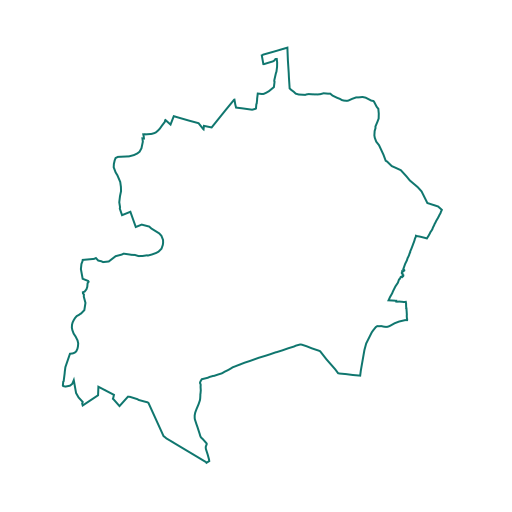 outline of Zabrani, Arad, Romania, rotated 275°
{"feature_id": "2599482B97657838869251", "entity_name": "Zabrani", "entity_type": "district", "adm_level": 2, "iso_a3": "ROU", "parent_name": "Romania", "parent_adm1": "Arad", "projection": "equal_earth", "projection_center": [21.569, 46.052], "detail": "fine", "context": "isolated", "style": "outline", "palette": "teal", "viewbox_px": 512, "rotation_deg": 275, "n_neighbors": 0, "source": "geoboundaries", "source_scale": "gbopen_adm2", "svg_char_len": 5976}
<svg xmlns="http://www.w3.org/2000/svg" viewBox="0 0 512 512"><g transform="rotate(275 256 256)"><path d="M318.2,437.1L321.2,433.1L323.7,422.1L334.8,415.3L338.6,411.2L344.7,402.6L348.4,399.0L354.1,392.8L356.0,387.5L357.4,383.4L361.5,378.4L362.2,376.9L368.1,374.1L377.1,368.9L380.4,365.8L384.2,364.0L386.5,363.4L390.9,363.3L393.8,363.9L395.4,363.7L400.4,365.3L403.6,366.2L408.5,365.9L413.4,365.0L414.6,363.7L415.5,363.0L419.9,360.2L420.6,359.5L420.9,357.1L421.5,355.8L423.3,351.4L423.7,348.2L423.2,345.8L422.9,344.0L422.7,341.9L420.9,338.0L418.9,334.5L418.5,333.1L418.5,330.1L418.8,328.0L419.8,326.0L420.7,322.9L422.5,318.2L424.2,315.8L424.0,313.6L424.0,309.2L422.8,305.9L422.3,303.2L422.0,298.6L421.9,294.4L421.4,292.3L420.8,291.0L420.6,284.5L421.2,281.4L422.9,279.3L424.6,276.5L425.9,274.9L437.0,273.2L440.8,272.7L453.8,270.7L466.3,269.1L460.4,254.0L457.2,245.5L456.4,244.6L456.3,244.3L447.8,246.6L447.8,247.1L448.9,249.8L450.6,254.0L451.3,255.8L452.3,257.2L453.9,258.2L454.1,259.5L450.6,260.2L446.2,260.5L441.4,260.3L439.9,259.9L432.6,258.9L431.6,259.0L431.2,259.3L425.8,259.1L421.3,254.5L419.5,251.9L418.1,249.4L417.9,247.6L418.0,243.6L412.5,243.4L411.7,243.5L407.9,243.4L407.3,243.1L403.0,243.1L402.7,242.9L401.5,239.8L401.4,239.0L401.9,229.5L402.1,223.2L405.3,222.1L409.9,220.9L409.8,220.6L399.0,213.2L380.2,200.6L381.1,192.8L377.6,192.7L377.8,192.4L383.3,187.2L385.0,177.6L386.8,168.4L388.1,161.9L379.5,159.4L383.6,153.9L383.4,153.7L381.7,153.5L377.6,150.9L374.5,149.1L372.6,147.6L370.5,145.6L369.6,144.1L368.5,141.3L368.2,139.4L367.5,135.3L367.7,134.8L367.6,134.5L367.4,133.1L365.5,133.7L363.3,134.1L363.3,132.6L360.0,133.3L353.3,132.5L349.7,130.9L347.8,128.8L345.9,125.6L344.2,120.9L342.7,109.8L341.4,107.6L339.0,106.9L335.4,106.4L332.0,106.5L327.0,108.9L324.3,110.9L317.9,114.3L313.1,115.4L308.8,115.9L303.8,115.3L297.6,115.1L292.8,116.3L291.3,116.2L285.0,119.0L289.1,127.0L274.4,133.7L277.3,139.4L276.0,147.1L274.3,149.3L270.1,157.6L267.9,160.0L263.9,162.0L261.1,162.3L258.9,162.2L255.0,161.2L251.8,158.5L250.3,156.2L248.4,152.1L247.0,148.2L247.2,147.4L246.1,142.9L245.7,138.9L246.5,135.2L246.3,132.2L246.5,129.6L246.8,124.0L245.7,122.1L243.6,116.2L237.7,109.8L236.6,104.2L237.3,102.3L237.7,99.2L240.0,96.7L239.0,94.9L237.0,83.7L235.6,83.6L232.9,82.8L227.7,82.7L218.2,85.3L216.5,91.0L215.7,91.5L214.2,90.6L210.6,90.6L208.1,90.0L205.6,88.4L204.8,86.7L203.6,86.9L202.7,87.9L200.5,88.0L194.4,90.2L187.1,89.7L183.4,86.7L183.2,86.2L182.0,84.9L180.5,82.6L178.4,81.1L176.2,80.0L173.8,79.1L171.5,78.7L168.6,78.8L166.2,79.5L162.8,81.1L159.9,83.4L156.3,85.6L153.4,86.5L150.3,86.5L148.0,86.2L145.3,85.2L143.9,83.8L143.0,82.0L142.4,79.2L128.7,75.8L124.2,75.6L122.2,75.6L114.5,75.3L113.9,74.9L110.0,74.9L109.6,75.3L109.3,77.6L110.6,82.0L112.6,84.1L116.4,85.3L103.8,88.7L99.6,91.6L95.5,96.1L93.8,95.7L92.0,96.4L103.5,110.8L112.0,110.4L105.3,126.6L102.5,126.2L101.3,125.9L100.5,126.9L94.6,133.1L104.7,140.7L104.7,142.8L103.0,150.5L102.4,151.5L101.3,157.5L100.8,160.7L100.2,161.7L68.5,179.6L67.6,181.1L66.5,182.6L46.2,224.4L45.7,224.7L47.6,227.3L49.3,226.9L53.9,225.2L57.7,223.6L59.1,223.0L59.8,222.8L60.9,222.6L61.7,222.6L62.1,222.7L64.2,223.3L64.5,223.3L65.0,223.1L65.6,222.5L69.0,218.9L70.3,217.2L70.9,216.7L71.6,216.3L72.5,215.9L73.6,215.5L80.7,212.5L83.1,211.4L87.8,209.4L88.9,209.1L89.6,209.0L91.9,208.8L94.7,209.1L96.6,209.6L98.7,210.2L103.3,211.7L107.4,212.7L108.7,212.8L109.9,212.8L112.4,212.7L113.6,212.6L114.2,212.7L116.2,212.7L117.3,212.7L120.7,212.2L122.9,212.1L123.9,211.7L124.6,211.3L125.1,211.3L126.2,211.6L128.5,212.7L130.5,218.6L131.2,219.8L131.6,220.6L132.3,222.5L132.8,223.7L132.9,224.6L134.7,228.7L135.9,231.7L136.3,232.5L138.3,235.3L139.0,236.6L140.3,238.7L142.3,241.5L143.0,242.3L148.8,254.1L150.9,259.1L154.8,267.5L157.5,274.3L159.4,278.8L161.8,284.1L162.0,284.9L164.3,290.5L166.9,296.2L169.1,301.7L170.2,303.6L171.7,307.7L171.7,309.2L170.5,314.3L168.9,319.6L168.0,323.3L167.2,326.7L166.7,328.2L159.2,335.2L154.6,340.0L150.0,344.8L146.4,348.0L146.2,349.4L146.2,356.0L145.9,362.6L145.9,370.2L151.0,370.4L171.8,372.2L178.5,373.4L190.1,378.0L192.3,379.3L195.6,381.5L196.7,382.9L196.8,384.9L197.1,387.1L196.8,389.0L196.7,390.8L196.8,392.7L197.4,394.3L198.3,395.9L201.1,400.0L203.2,404.3L205.1,410.1L205.3,412.1L205.8,412.1L206.2,412.1L206.9,411.8L209.4,411.4L210.6,411.4L214.0,410.9L215.7,410.6L216.3,410.6L216.7,410.3L216.8,410.4L217.1,410.4L217.2,410.2L217.5,410.2L218.4,410.0L219.5,409.9L220.0,409.8L221.5,409.7L223.4,409.2L223.1,408.0L223.1,407.7L223.0,407.2L223.1,406.0L223.1,404.6L223.1,404.1L223.1,403.9L223.1,403.0L223.1,402.6L222.9,401.4L222.8,400.5L222.8,399.8L222.8,399.7L223.6,399.6L223.5,398.9L223.6,397.9L223.4,391.9L226.8,393.1L230.7,394.9L232.7,395.5L237.8,397.5L241.8,399.7L244.6,400.4L245.2,400.6L245.4,400.8L245.5,401.1L246.3,401.4L246.9,401.8L247.5,401.9L247.8,402.1L247.8,402.9L247.7,403.4L247.9,403.5L248.4,403.4L248.7,403.6L248.9,403.8L248.8,404.3L249.1,404.4L249.2,404.5L249.7,404.4L249.7,404.2L249.9,404.1L250.0,404.0L249.9,403.9L249.8,403.7L250.2,403.7L250.7,403.5L251.2,403.5L251.5,402.8L252.4,402.7L253.0,403.0L253.4,403.0L253.2,403.4L253.2,403.5L253.3,403.7L253.6,403.8L253.7,404.0L254.4,404.2L254.4,404.3L254.2,404.6L254.3,404.9L254.4,405.0L254.7,405.0L254.9,404.9L255.0,404.8L255.0,404.4L255.4,404.3L255.4,403.9L255.5,403.8L261.2,405.3L264.8,406.7L267.1,407.2L268.5,407.8L270.5,408.5L270.9,408.5L271.3,408.6L271.8,408.8L272.2,408.8L272.7,409.1L273.3,409.3L273.9,409.2L276.9,410.2L280.8,411.3L282.0,411.6L283.6,412.1L284.2,412.2L285.2,412.5L286.5,412.7L287.4,412.9L289.0,413.5L289.4,413.6L289.9,413.6L290.1,413.6L289.8,415.0L289.7,416.8L289.4,418.9L288.9,422.0L288.4,424.7L290.0,425.5L290.7,425.9L293.6,427.2L295.0,427.7L296.9,428.8L298.2,429.4L298.8,429.5L300.6,430.1L301.7,430.6L303.9,431.3L304.6,431.7L306.8,432.5L308.4,433.3L308.9,433.5L309.4,433.8L309.7,433.9L310.3,434.2L311.0,434.4L311.5,434.7L312.5,435.0L314.0,435.7L314.6,436.0L316.6,436.5L317.4,436.9L318.2,437.1Z" fill="none" stroke="#0f766e" stroke-width="2"/></g></svg>